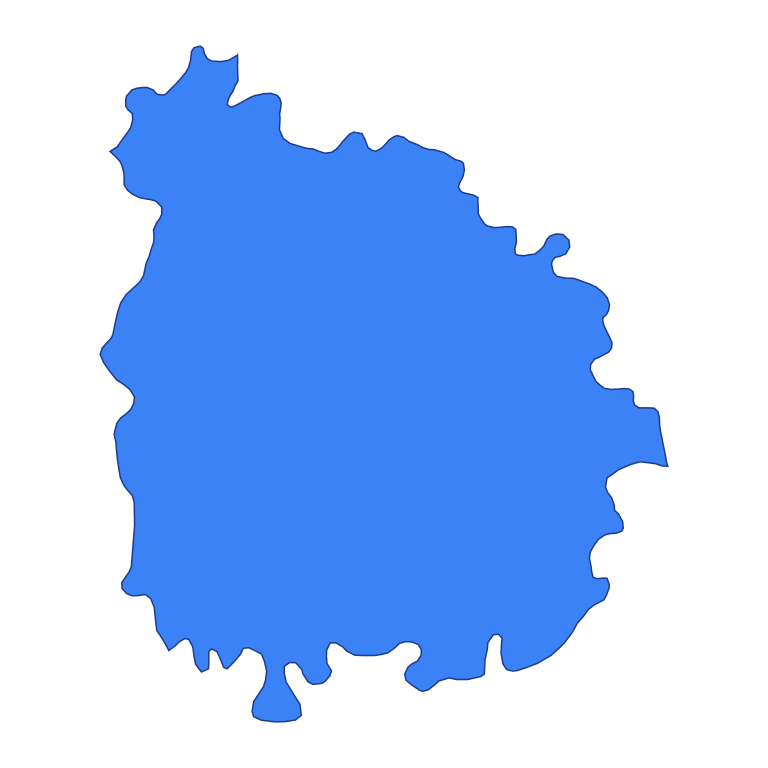 Dzyarzhynsk, Minsk, Belarus
{"feature_id": "67162791B81421428715601", "entity_name": "Dzyarzhynsk", "entity_type": "district", "adm_level": 2, "iso_a3": "BLR", "parent_name": "Belarus", "parent_adm1": "Minsk", "projection": "albers", "projection_center": [27.165, 53.703], "detail": "fine", "context": "isolated", "style": "filled", "palette": "blue", "viewbox_px": 768, "rotation_deg": 0, "n_neighbors": 0, "source": "geoboundaries", "source_scale": "gbopen_adm2", "svg_char_len": 5047}
<svg xmlns="http://www.w3.org/2000/svg" viewBox="0 0 768 768"><path d="M667.8,466.2L666.5,462.3L665.6,456.5L664.6,451.4L662.8,442.9L661.8,437.3L660.8,433.0L659.6,425.0L659.4,417.2L657.8,411.6L654.1,408.1L648.7,407.9L643.2,407.9L638.7,407.8L634.4,404.7L633.3,400.6L633.6,395.7L633.0,391.6L628.9,388.9L623.1,388.6L616.7,389.2L610.6,389.4L604.6,388.4L600.9,385.9L596.0,381.5L592.7,374.9L590.1,369.4L590.7,364.4L594.4,359.3L599.2,357.1L603.9,354.6L608.9,351.9L611.6,347.8L612.0,342.7L608.9,335.7L607.1,332.2L604.0,325.8L602.8,321.2L602.8,317.9L606.5,314.5L608.6,310.4L609.5,304.8L607.4,298.0L602.7,292.4L596.3,287.2L589.3,283.9L577.8,279.7L573.5,278.3L565.5,278.1L557.0,276.4L553.3,272.2L551.5,264.0L552.5,260.5L555.4,257.2L559.7,256.4L565.9,253.7L569.7,247.0L568.9,240.1L562.9,234.5L556.3,233.9L550.1,236.0L547.0,239.2L543.7,246.2L539.4,250.6L534.6,254.1L528.6,254.9L524.3,255.7L518.1,255.3L515.4,254.0L514.8,248.9L516.5,241.8L516.1,234.4L515.7,229.3L512.2,226.8L505.8,226.6L499.2,227.4L493.8,227.6L487.4,225.9L484.6,224.0L480.5,218.1L478.2,213.5L478.2,209.0L477.8,200.3L478.0,197.6L474.3,195.5L472.7,194.9L463.4,192.8L460.5,191.2L458.4,186.9L459.5,183.1L463.0,176.5L464.4,170.2L463.4,163.3L461.1,161.3L455.4,159.6L450.0,156.3L447.5,154.6L443.6,152.4L434.3,149.7L428.9,149.5L422.8,147.6L417.6,144.7L408.9,141.4L403.8,137.3L397.2,135.6L394.1,136.6L389.1,139.9L386.4,143.2L382.9,146.9L379.0,149.8L375.2,151.3L372.2,150.3L368.2,147.8L366.6,143.9L364.9,139.3L362.0,133.7L353.8,132.1L349.6,134.1L346.3,137.7L342.2,142.0L340.1,144.9L336.6,149.0L331.7,152.3L324.9,153.2L318.9,151.3L313.3,149.0L307.1,148.4L301.3,146.8L290.2,143.5L283.3,138.5L279.4,129.7L279.8,123.5L280.0,118.1L279.6,113.7L280.4,109.8L281.2,103.0L279.6,98.2L277.3,95.4L270.5,93.3L263.9,93.7L257.9,95.0L255.4,95.4L251.2,97.0L246.3,99.7L241.1,102.6L234.9,105.8L230.8,107.2L227.3,104.7L227.9,100.6L229.3,97.1L233.2,90.7L234.7,86.7L238.0,80.8L237.5,66.1L237.7,60.9L237.5,55.0L237.2,55.3L228.5,60.3L221.8,61.5L218.9,61.5L211.8,61.1L207.3,58.6L204.4,53.6L203.1,48.2L200.2,46.1L194.0,47.7L191.5,51.5L190.6,60.2L188.5,67.7L185.6,72.6L179.8,79.7L175.6,84.2L170.6,89.2L165.2,94.6L161.5,95.0L156.9,94.2L153.2,90.0L147.3,87.5L142.4,87.5L136.5,88.3L132.0,89.9L126.5,96.1L125.7,100.3L125.7,106.1L128.1,109.9L132.3,113.6L132.7,119.9L130.6,127.8L127.6,132.3L121.0,141.4L117.2,146.8L110.1,151.4L115.7,156.8L119.9,161.3L121.8,164.8L124.1,173.9L124.1,184.8L127.5,190.1L132.3,194.1L139.5,197.6L146.4,199.0L149.9,199.5L155.5,200.9L158.9,204.1L161.6,207.0L161.8,214.0L159.7,218.7L156.5,223.0L153.5,229.9L154.0,236.1L153.8,241.7L151.3,249.1L148.9,257.1L146.2,263.0L144.9,269.4L143.5,275.8L139.7,282.1L134.7,286.7L126.1,294.6L120.7,302.9L117.5,312.8L115.3,322.6L112.9,334.4L111.3,338.1L107.0,342.6L102.1,348.2L100.2,354.3L103.1,361.6L108.7,369.9L116.7,380.0L122.8,383.8L129.8,389.4L134.5,396.9L133.7,403.6L130.5,409.8L126.2,413.8L120.6,418.0L116.8,423.3L114.1,434.3L115.9,442.1L116.4,448.8L117.5,460.0L119.0,469.6L120.4,477.7L123.5,484.6L127.0,489.5L132.3,495.6L134.2,502.1L134.6,525.4L132.4,553.5L131.3,566.9L128.8,572.5L125.9,576.5L121.8,582.6L122.1,588.5L126.4,593.4L132.0,595.8L138.1,595.6L145.4,594.5L150.7,598.6L154.2,607.1L155.5,620.0L156.8,630.5L160.3,635.6L165.1,643.4L168.9,650.6L170.6,649.1L175.1,645.9L179.3,641.7L185.1,638.5L188.9,639.5L192.8,646.9L194.0,655.9L195.6,664.2L201.4,672.0L208.5,668.8L208.8,662.3L208.8,651.7L211.4,648.9L216.9,651.4L220.7,659.8L223.6,667.2L227.1,668.8L233.2,662.7L240.6,654.1L243.2,648.3L248.7,647.7L253.5,649.9L261.5,654.1L264.4,661.2L266.6,671.1L265.6,679.8L263.7,686.2L259.8,692.3L253.7,701.6L252.1,711.6L253.7,716.7L261.7,720.3L275.5,721.9L285.2,721.6L295.5,720.0L301.3,715.2L300.0,704.3L294.8,696.2L289.7,687.9L286.2,682.1L284.3,673.7L284.3,666.3L289.7,662.5L295.8,662.8L301.9,669.6L302.9,673.7L308.0,681.8L312.9,684.4L321.5,683.4L324.7,681.8L329.9,675.7L331.5,670.9L327.0,663.5L326.4,656.4L326.7,650.0L330.2,642.9L336.0,642.9L342.7,646.8L346.6,651.0L354.6,655.1L362.0,655.5L374.5,655.5L381.0,654.5L387.7,652.9L394.1,648.4L399.6,643.3L405.7,641.6L412.1,642.0L418.2,644.5L421.4,649.7L421.1,655.4L417.3,661.2L412.4,663.5L407.9,667.3L404.7,674.1L406.0,680.2L411.8,685.0L418.9,689.8L422.4,691.4L428.2,689.8L435.3,684.3L438.5,681.1L449.1,677.9L456.5,679.5L467.7,679.5L474.8,677.9L480.6,676.6L484.4,674.0L484.7,666.9L485.0,659.9L487.3,649.3L487.9,642.5L493.3,634.8L498.5,634.1L502.0,638.3L501.4,645.7L501.1,653.4L503.0,664.0L506.6,669.5L512.4,671.0L516.5,670.7L525.8,667.8L537.4,663.3L550.9,655.5L559.5,647.8L564.6,642.6L572.3,632.3L577.7,622.7L583.2,616.6L588.3,609.5L594.1,605.0L604.0,599.8L606.5,595.0L609.1,587.9L609.1,584.1L607.1,578.3L604.9,578.0L601.3,578.3L597.2,578.7L593.0,577.4L591.7,571.6L591.0,566.2L589.4,558.2L590.3,552.1L593.8,545.6L598.6,539.2L604.7,535.0L609.5,533.7L616.2,533.1L621.4,531.4L623.3,528.2L622.6,521.5L618.4,513.8L614.6,510.3L614.2,504.9L611.6,497.8L607.4,492.1L605.5,487.0L607.1,477.7L613.1,473.8L618.6,469.6L629.8,464.8L639.7,461.8L649.0,462.8L655.4,463.7L662.1,465.9L667.8,466.2Z" fill="#3b82f6" stroke="#1e3a8a" stroke-width="1.5"/></svg>